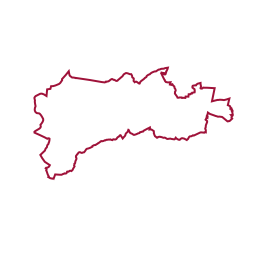 Hamcearca, Tulcea, Romania (Natural Earth projection), rotated 285°
{"feature_id": "2599482B65453022106945", "entity_name": "Hamcearca", "entity_type": "district", "adm_level": 2, "iso_a3": "ROU", "parent_name": "Romania", "parent_adm1": "Tulcea", "projection": "natural_earth1", "projection_center": [28.38, 45.133], "detail": "fine", "context": "isolated", "style": "outline", "palette": "rose", "viewbox_px": 256, "rotation_deg": 285, "n_neighbors": 0, "source": "geoboundaries", "source_scale": "gbopen_adm2", "svg_char_len": 5898}
<svg xmlns="http://www.w3.org/2000/svg" viewBox="0 0 256 256"><g transform="rotate(285 128 128)"><path d="M129.2,31.2L127.3,32.0L125.5,32.9L124.9,33.1L123.4,32.9L121.8,33.1L120.5,33.6L119.4,34.6L118.8,36.0L119.1,38.5L118.9,39.1L117.8,40.7L116.4,42.2L114.8,43.7L113.6,44.1L112.1,44.0L110.2,43.4L108.4,42.6L107.1,43.3L106.3,43.4L105.5,43.2L104.5,42.6L100.9,39.1L100.1,38.6L99.3,38.9L98.4,44.5L97.4,50.0L96.7,52.8L97.4,53.5L97.5,54.7L97.3,55.0L95.7,55.3L93.9,55.4L93.4,55.2L92.6,55.3L91.8,55.2L91.1,54.7L89.8,54.5L88.3,54.6L87.1,53.9L86.4,53.7L84.7,53.6L79.3,50.3L76.7,52.9L73.8,56.4L71.9,62.1L70.6,61.8L69.8,61.4L68.7,60.2L68.4,59.2L67.8,58.9L67.2,59.9L66.7,60.1L65.7,60.0L65.2,60.6L62.3,62.5L60.7,64.0L60.0,63.7L59.4,65.9L59.5,68.2L59.8,68.6L60.3,69.0L60.1,69.3L64.3,69.7L65.1,73.7L65.7,76.0L66.8,77.2L67.1,77.9L67.7,78.3L67.8,78.9L67.8,79.4L68.3,80.2L68.9,80.4L70.1,80.5L70.3,80.9L70.4,81.9L71.4,82.6L71.8,83.2L71.8,84.0L71.7,84.4L71.9,84.6L72.3,84.7L72.8,85.2L74.0,85.5L74.4,85.5L77.1,86.3L77.9,85.6L79.3,85.7L79.6,85.5L80.4,86.0L82.3,85.8L84.6,86.2L85.6,86.0L86.0,85.5L86.6,85.2L87.5,85.0L88.0,85.3L89.1,85.5L89.5,85.9L91.4,86.6L92.0,87.2L92.2,88.1L92.0,89.0L92.0,89.9L92.8,91.0L93.2,91.9L95.1,92.7L96.3,93.0L97.0,93.4L97.3,93.7L98.1,95.2L99.1,96.6L100.7,98.4L101.4,98.3L102.5,99.5L102.7,99.8L103.2,101.1L104.1,101.7L104.9,102.7L105.7,103.1L105.9,103.5L107.4,104.7L108.1,105.1L108.3,105.8L108.6,106.0L108.6,106.7L109.3,107.9L110.1,108.7L110.2,109.4L110.8,109.9L111.1,110.4L111.1,110.7L111.8,112.2L111.9,112.9L112.4,113.9L112.4,114.2L112.3,114.3L112.2,115.0L112.3,116.1L112.8,116.2L113.3,116.8L113.5,118.4L113.7,118.9L114.3,119.6L116.2,120.3L116.7,120.7L117.2,121.3L118.7,122.0L119.0,122.3L119.1,122.7L118.9,122.9L116.5,125.6L118.1,126.3L118.9,126.8L119.6,127.1L120.3,127.3L121.3,127.2L122.6,127.6L123.8,128.4L124.5,128.7L126.4,128.8L126.4,129.0L124.3,130.8L123.8,131.4L123.6,132.2L123.6,132.8L123.3,134.0L122.9,135.0L122.9,135.6L123.8,137.2L124.5,138.0L124.8,138.5L125.2,138.8L125.4,139.2L126.1,140.4L126.9,140.6L127.2,140.9L127.6,141.9L128.0,142.3L128.2,143.0L128.6,143.6L129.3,143.7L132.7,147.3L132.9,147.7L134.2,149.0L133.7,149.2L132.1,149.2L132.5,150.2L132.6,151.1L131.7,153.7L130.3,154.2L129.6,154.3L128.9,154.9L128.4,155.1L127.0,156.3L126.7,157.3L126.3,158.0L126.1,158.4L126.3,159.0L126.9,159.2L127.1,159.4L127.7,160.6L127.7,161.4L127.9,161.8L127.8,162.4L127.9,162.9L127.7,164.7L128.2,165.9L128.2,166.4L127.9,167.5L127.7,168.0L127.6,168.7L127.9,169.7L128.3,170.5L128.7,171.6L128.7,172.9L129.0,175.6L129.2,175.9L129.8,176.4L130.5,176.4L131.0,176.6L130.6,177.1L130.3,177.7L129.9,179.2L129.8,180.5L130.1,181.1L130.9,181.5L131.9,182.4L132.2,183.1L132.3,185.0L131.6,187.9L132.3,188.2L132.7,188.7L135.3,189.4L136.0,190.0L136.3,191.1L137.3,192.3L137.8,192.7L137.7,193.5L142.3,198.9L142.7,199.7L143.2,202.8L143.6,202.9L143.8,203.2L143.9,204.3L146.1,203.7L147.0,203.1L147.2,202.8L147.8,202.7L148.6,202.9L150.8,202.5L154.3,202.9L155.2,202.6L156.1,200.8L156.8,201.0L158.7,201.2L158.4,202.1L159.8,201.9L160.1,201.0L161.9,201.3L163.6,201.2L162.8,203.4L162.4,208.5L162.3,209.2L162.3,211.1L162.2,211.6L162.3,212.3L162.7,213.4L163.0,216.0L162.8,216.6L160.2,222.3L160.2,222.8L160.7,223.4L161.0,224.3L164.0,226.2L164.5,225.5L164.8,225.5L165.1,225.2L165.8,225.2L166.4,225.5L167.2,224.2L167.9,225.8L170.4,224.5L170.6,224.5L170.8,224.7L171.8,224.5L171.9,224.4L171.5,223.7L172.7,223.0L172.9,223.3L173.0,223.4L173.8,222.8L173.2,221.9L174.8,221.4L175.4,221.0L175.7,219.9L175.9,218.5L182.7,218.3L181.0,215.7L179.9,213.7L179.7,212.9L179.6,211.9L179.1,209.4L178.6,208.3L178.2,207.0L175.5,202.2L188.9,201.4L187.3,193.7L186.7,191.4L186.5,190.2L185.4,189.5L185.1,188.9L185.0,188.0L185.1,187.8L185.9,187.7L187.0,187.8L189.2,186.7L190.3,186.4L188.8,183.8L187.6,182.8L187.1,182.8L186.8,182.7L186.3,181.0L185.5,179.6L184.7,179.5L183.7,179.8L183.5,180.4L183.1,181.0L183.0,181.6L182.6,182.3L181.4,182.7L181.1,182.9L179.7,183.1L179.2,181.9L178.9,181.6L178.6,180.8L177.9,180.9L177.3,179.6L176.7,179.5L176.3,177.9L173.9,178.2L173.3,175.5L171.9,175.6L171.5,173.7L171.0,172.4L171.4,172.0L171.2,171.4L170.9,170.0L170.4,169.2L170.1,168.0L170.9,167.4L173.4,164.4L174.2,164.3L174.9,164.0L176.0,164.3L176.8,164.3L178.0,163.5L178.7,162.6L180.1,162.0L181.0,160.1L181.5,159.9L181.8,159.5L181.5,158.9L180.9,158.7L181.0,158.2L180.8,157.8L180.8,157.2L183.2,157.2L182.9,156.6L182.9,156.1L182.4,155.1L182.2,152.8L182.5,152.5L182.7,151.9L183.1,151.5L183.8,151.1L183.8,150.9L184.8,150.0L185.1,149.7L188.3,146.9L189.2,146.2L189.4,145.9L190.2,146.0L190.2,147.1L190.3,148.1L189.1,148.2L189.3,148.9L189.8,148.9L189.7,148.7L190.4,148.6L190.5,149.4L189.7,149.5L189.8,149.9L189.5,150.1L189.7,150.3L191.9,150.4L192.5,150.2L192.9,150.5L195.2,150.9L196.6,150.9L195.4,148.3L194.6,147.3L193.8,144.9L193.2,144.0L192.7,143.5L192.3,142.4L189.9,140.3L189.5,139.0L188.0,137.0L186.6,135.7L185.6,135.2L185.3,134.7L184.8,134.1L184.6,133.8L183.7,133.1L183.5,132.9L183.0,132.6L181.9,132.5L180.8,131.4L179.5,130.7L176.7,128.5L175.5,127.9L174.7,127.6L174.1,127.8L173.8,127.4L174.0,126.6L174.6,125.2L174.9,124.0L174.9,123.8L174.6,123.3L174.0,122.6L174.4,122.3L174.6,121.5L175.0,121.2L177.2,120.8L177.5,120.5L177.9,119.3L178.1,119.0L179.5,118.4L180.1,117.9L180.8,117.2L180.5,116.1L180.5,115.4L180.7,114.1L180.7,112.5L180.4,111.6L178.7,110.0L176.4,109.2L175.5,108.5L172.8,106.7L172.1,106.1L171.3,105.8L170.6,105.1L170.5,104.5L170.5,104.0L171.0,102.5L170.8,101.7L171.2,100.1L171.1,99.7L170.2,98.7L169.0,97.9L168.1,97.1L167.6,96.3L167.2,95.0L166.8,94.8L166.8,94.5L165.7,94.5L166.1,94.4L165.6,90.9L164.5,78.8L162.8,64.3L162.7,64.3L162.7,62.7L162.3,60.9L162.9,59.5L163.2,58.7L163.7,58.0L165.5,57.0L167.5,56.1L163.0,54.1L158.1,51.6L157.1,52.0L154.0,50.9L152.7,50.0L150.3,46.9L149.0,44.7L148.5,42.9L145.7,42.9L144.4,39.9L137.8,41.0L138.7,38.1L138.9,36.0L138.4,34.4L134.9,30.5L133.6,29.9L132.8,29.8L130.5,31.0L129.2,31.2Z" fill="none" stroke="#9f1239" stroke-width="2"/></g></svg>